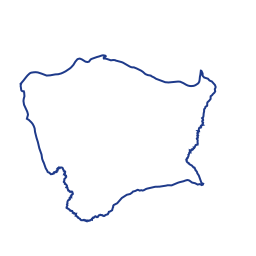 outline of Thala Barivat, Stœng Trêng, Cambodia, rotated 255°
{"feature_id": "14789045B9277653142269", "entity_name": "Thala Barivat", "entity_type": "district", "adm_level": 2, "iso_a3": "KHM", "parent_name": "Cambodia", "parent_adm1": "Stœng Trêng", "projection": "albers", "projection_center": [105.709, 13.631], "detail": "fine", "context": "isolated", "style": "outline", "palette": "blue", "viewbox_px": 256, "rotation_deg": 255, "n_neighbors": 0, "source": "geoboundaries", "source_scale": "gbopen_adm2", "svg_char_len": 5595}
<svg xmlns="http://www.w3.org/2000/svg" viewBox="0 0 256 256"><g transform="rotate(255 128 128)"><path d="M54.7,186.2L55.7,184.9L56.5,184.7L63.8,184.1L66.4,183.2L67.5,183.3L68.7,182.9L69.3,182.5L69.7,182.5L70.1,182.2L70.5,182.3L70.9,182.2L72.5,182.0L72.9,181.5L72.9,181.1L75.2,180.0L77.0,178.1L77.5,177.9L78.0,177.4L78.5,177.5L79.4,176.5L80.5,176.0L81.5,176.4L82.0,176.1L82.1,176.4L82.8,176.5L83.0,176.7L83.1,177.1L83.7,177.4L83.7,178.0L84.4,178.4L85.3,179.2L85.7,179.4L86.5,179.4L86.6,179.8L87.4,180.4L88.2,180.7L88.5,181.4L88.9,181.5L88.3,181.7L88.2,182.0L88.4,182.0L89.4,182.4L90.2,182.5L89.9,183.0L90.0,183.6L90.8,183.9L90.9,184.1L90.9,184.5L90.4,184.8L90.5,185.2L91.3,186.0L91.4,186.5L92.2,186.5L92.0,187.1L92.1,187.4L94.0,188.9L94.1,189.4L93.9,190.0L94.3,190.6L94.1,191.0L95.1,191.4L96.4,191.5L97.9,192.1L98.9,192.1L99.3,192.0L99.4,191.8L99.9,191.7L100.2,192.0L100.0,192.3L100.1,192.6L100.9,193.1L101.9,193.0L102.4,193.6L102.9,193.0L103.1,193.1L103.5,193.7L103.8,193.8L105.0,193.6L105.6,194.0L105.8,194.5L105.6,194.8L105.9,194.9L106.0,194.7L106.4,195.1L106.9,194.8L106.6,195.8L108.0,195.9L109.1,196.4L109.8,197.0L109.9,197.8L109.5,198.3L110.1,199.0L110.5,198.9L111.1,198.9L111.4,199.3L111.6,199.8L111.6,201.2L112.1,200.8L112.8,201.1L113.2,201.7L113.9,202.0L114.6,201.4L115.3,201.4L115.4,201.7L116.1,202.1L116.2,202.6L117.2,202.8L118.0,202.2L118.4,202.1L119.0,203.4L119.8,203.9L122.6,204.9L124.3,205.8L126.4,206.4L127.1,207.5L128.1,208.2L128.3,208.2L128.7,209.0L128.8,209.9L129.2,210.3L131.6,211.0L132.3,211.5L133.3,213.4L134.5,215.1L135.5,215.6L136.4,215.7L137.3,216.1L137.6,217.0L138.0,217.8L138.8,218.8L139.7,220.5L140.8,221.7L143.1,221.9L144.3,223.0L145.1,223.3L147.1,223.1L151.3,221.0L152.1,219.8L153.0,218.9L154.9,218.0L157.1,214.6L157.8,214.3L158.6,213.8L159.6,213.5L160.5,213.6L160.3,213.9L161.6,214.2L162.2,213.9L163.4,213.9L164.3,213.6L164.5,213.2L161.0,211.8L158.8,210.7L155.9,209.6L154.3,208.8L153.4,207.9L152.8,207.0L151.9,204.2L151.7,202.4L152.1,200.0L152.6,198.5L153.4,197.0L154.5,195.6L157.1,193.0L159.2,190.4L159.9,188.4L161.5,178.9L162.6,175.8L168.3,167.8L170.0,166.3L172.0,164.0L172.7,163.6L174.0,160.8L175.2,159.2L175.9,158.5L178.4,156.9L180.0,155.5L183.3,151.7L185.1,149.3L185.3,148.3L185.9,146.9L187.0,145.5L192.4,140.1L193.3,138.9L196.4,133.5L196.9,133.0L197.5,131.3L197.8,129.0L200.2,125.4L201.0,124.0L201.3,122.7L201.7,122.6L202.4,122.9L202.6,123.3L203.0,125.0L203.5,125.0L203.9,124.5L204.7,122.7L204.8,121.2L204.6,118.6L204.6,116.3L204.2,111.2L203.9,109.7L202.2,107.5L202.2,105.9L203.1,104.1L206.1,101.3L207.2,99.9L207.6,99.1L207.6,97.6L207.5,96.9L205.7,94.3L203.1,91.6L201.3,88.8L200.5,87.1L198.9,82.4L198.3,79.6L198.0,77.5L198.0,74.5L198.6,71.6L199.0,66.6L199.7,63.0L202.8,58.7L205.0,55.3L205.8,53.3L206.2,51.4L206.5,48.8L206.2,47.2L204.8,44.6L203.4,42.6L200.9,39.3L198.5,35.8L198.2,36.1L197.5,35.6L196.1,35.1L195.4,35.1L192.3,34.7L191.6,34.9L190.9,35.5L190.7,35.9L190.5,36.8L189.3,36.9L185.5,36.2L183.1,34.8L181.1,34.0L177.4,33.6L169.8,34.9L167.4,34.9L166.6,34.8L163.1,32.7L161.5,34.3L158.3,36.2L156.4,37.0L154.1,37.5L151.7,37.7L148.3,37.2L142.2,37.1L137.8,37.3L131.4,37.1L124.8,37.6L120.4,37.1L117.2,37.4L116.9,37.6L110.4,38.1L107.6,38.9L106.4,39.0L105.9,39.4L105.4,40.3L104.7,40.6L104.3,41.1L103.4,41.4L103.3,41.7L103.1,43.4L103.6,44.1L103.3,44.6L103.6,44.9L104.1,44.9L104.4,45.1L104.4,45.9L104.0,46.4L103.9,47.6L104.4,47.8L104.8,47.6L105.1,47.8L104.9,48.6L104.9,48.8L106.0,49.5L106.8,49.0L107.4,49.8L107.5,50.2L107.1,51.0L107.6,51.3L106.9,51.8L107.3,52.5L107.2,53.2L106.6,54.3L105.9,54.6L105.2,54.5L104.1,54.9L103.2,54.8L102.4,55.9L102.0,56.0L101.8,56.0L101.2,55.2L99.9,54.3L99.8,55.1L99.1,54.8L98.3,55.0L98.0,55.8L96.8,55.7L95.5,54.1L95.3,53.4L94.4,53.0L93.7,52.9L92.6,52.0L92.4,52.0L91.7,52.7L91.0,52.8L90.4,52.5L90.2,52.6L90.0,53.2L89.6,53.5L88.4,54.0L87.8,54.1L86.8,53.2L86.6,53.9L86.2,54.1L85.2,53.8L84.8,53.9L84.2,54.2L83.4,54.0L83.0,54.1L82.5,55.1L82.1,55.0L81.5,55.2L81.3,56.1L81.0,56.3L81.2,57.3L80.5,57.7L78.6,57.7L78.4,57.4L78.2,56.3L77.5,56.1L77.2,55.4L76.7,55.6L76.1,55.4L76.5,55.1L76.1,54.4L76.0,54.6L75.8,54.5L75.7,54.2L75.7,53.8L75.3,53.4L75.1,53.3L74.4,53.5L74.1,53.3L73.8,52.5L73.9,52.1L73.6,51.4L72.7,50.6L71.6,50.1L70.9,50.1L70.1,49.3L69.6,49.5L69.0,49.5L68.2,48.7L67.0,48.0L66.7,48.0L66.4,48.7L65.8,48.8L65.3,49.6L64.5,50.2L64.0,50.3L63.8,50.7L63.3,51.0L63.0,51.4L62.8,51.2L62.4,51.8L62.4,52.2L62.3,52.6L61.6,52.8L61.2,52.8L60.4,53.1L60.2,52.9L60.0,53.2L59.7,53.3L59.7,54.0L59.1,54.1L58.7,55.5L58.3,55.1L57.9,55.3L57.1,54.9L57.1,55.1L56.7,55.0L56.5,55.5L55.9,55.6L54.8,56.6L54.5,56.4L54.2,56.5L53.0,57.9L52.6,58.2L52.1,58.2L51.1,58.9L50.6,60.5L50.7,61.0L50.4,61.4L50.6,61.8L49.9,62.4L49.9,62.9L49.6,62.9L49.6,63.2L49.2,63.6L48.9,63.6L48.7,63.9L49.3,64.1L48.9,64.9L49.1,65.1L48.9,65.6L48.6,65.6L48.5,65.8L48.7,66.5L48.4,67.1L48.8,67.6L48.8,69.0L49.1,69.0L49.3,69.2L48.9,69.6L49.8,69.9L50.3,70.7L50.1,71.3L50.6,71.5L50.5,72.1L50.8,73.0L51.2,73.5L51.1,73.9L50.0,74.7L49.8,75.7L50.4,76.2L51.2,77.3L51.1,78.1L51.4,78.7L50.9,79.3L50.7,80.3L50.3,80.4L49.9,80.8L49.9,81.2L49.2,81.9L49.2,82.7L49.8,83.5L49.9,86.2L50.6,86.6L50.8,87.1L52.0,87.8L52.0,89.1L52.7,91.4L54.8,92.6L55.6,93.3L56.4,93.4L57.3,94.3L58.1,98.1L62.0,103.9L63.8,109.6L63.7,113.0L64.6,115.3L65.3,116.3L65.3,118.8L65.8,121.2L65.5,121.9L64.5,123.1L64.5,124.7L63.8,125.9L63.8,127.1L64.4,129.5L64.5,130.7L64.2,139.0L63.2,143.2L62.5,149.5L62.4,151.7L61.3,155.3L62.2,161.9L62.3,163.6L62.2,167.8L62.4,169.8L62.4,171.8L61.8,173.1L61.3,173.7L58.7,175.8L57.3,178.5L55.3,180.7L55.3,182.5L54.7,183.5L53.8,184.4L53.9,185.6L54.7,186.2Z" fill="none" stroke="#1e3a8a" stroke-width="2"/></g></svg>